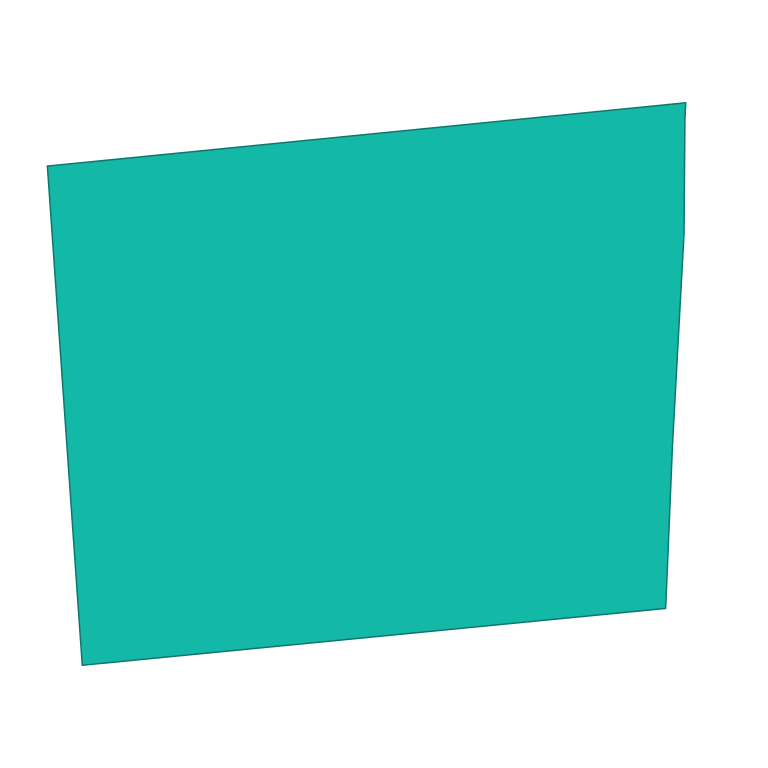 36, Ar Rayyān, Qatar, rotated 86°
{"feature_id": "91078587B22410322487846", "entity_name": "36", "entity_type": "district", "adm_level": 2, "iso_a3": "QAT", "parent_name": "Qatar", "parent_adm1": "Ar Rayyān", "projection": "orthographic", "projection_center": [51.481, 25.302], "detail": "fine", "context": "isolated", "style": "filled", "palette": "teal", "viewbox_px": 768, "rotation_deg": 86, "n_neighbors": 0, "source": "geoboundaries", "source_scale": "gbopen_adm2", "svg_char_len": 275}
<svg xmlns="http://www.w3.org/2000/svg" viewBox="0 0 768 768"><g transform="rotate(86 384 384)"><path d="M627.5,118.7L593.1,114.8L464.4,100.4L254.9,74.2L141.4,65.4L124.5,63.4L143.1,704.6L643.5,704.6L627.5,118.7Z" fill="#14b8a6" stroke="#0f766e" stroke-width="1.5"/></g></svg>